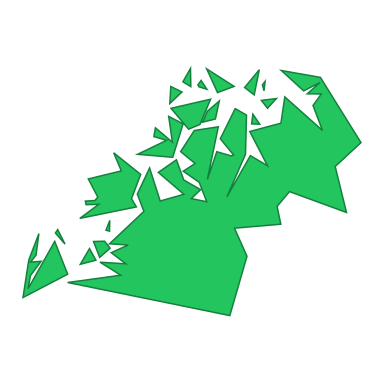 Troms, Albers equal-area conic projection
{"feature_id": "NOR-900", "entity_name": "Troms", "entity_type": "County", "adm_level": 1, "iso_a3": "NOR", "parent_name": "Norway", "parent_adm1": "", "projection": "albers", "projection_center": [18.955, 69.32], "detail": "medium", "context": "isolated", "style": "filled", "palette": "green", "viewbox_px": 384, "rotation_deg": 0, "n_neighbors": 0, "source": "natural_earth", "source_scale": "10m", "svg_char_len": 1874}
<svg xmlns="http://www.w3.org/2000/svg" viewBox="0 0 384 384"><path d="M280.8,224.2L234.5,228.2L247.0,256.3L229.8,315.6L67.6,282.5L120.7,275.2L100.0,262.2L125.8,263.8L111.2,252.7L128.2,245.0L109.5,243.8L143.9,211.4L137.3,194.1L149.6,168.0L160.2,201.0L183.8,194.3L158.3,172.4L176.4,159.8L183.8,180.0L200.6,189.7L191.3,198.6L206.7,201.7L199.2,182.3L183.2,171.2L195.1,163.5L180.6,151.6L194.3,130.5L218.3,126.8L207.4,179.4L216.8,151.7L231.2,155.9L233.6,155.0L220.3,138.8L235.2,108.6L246.5,115.1L245.5,154.3L226.8,197.0L250.4,155.6L267.5,165.8L249.8,131.5L280.9,123.2L284.8,96.9L322.5,130.5L313.0,105.5L321.3,94.0L307.3,93.8L320.1,82.4L303.7,90.9L281.3,70.5L320.4,77.4L361.0,142.6L335.2,166.5L346.5,212.5L289.5,191.6L277.1,206.4L280.8,224.2ZM140.7,174.4L131.5,198.7L136.4,206.9L79.8,218.4L98.8,204.3L86.1,204.7L85.3,201.1L94.9,200.5L97.8,197.1L88.3,178.9L121.3,170.9L113.7,152.8L140.7,174.4ZM38.9,233.6L36.0,255.3L30.5,262.1L41.1,261.3L30.5,275.5L28.1,288.7L54.7,241.4L67.7,274.2L23.0,297.5L28.8,259.9L38.9,233.6ZM183.1,123.9L172.7,157.3L137.6,154.3L166.6,140.3L153.9,136.6L155.4,127.8L172.4,142.2L168.7,116.4L183.1,123.9ZM210.6,99.2L199.9,124.5L188.6,129.2L171.0,108.3L210.6,99.2ZM259.3,69.7L254.2,94.9L244.6,87.5L259.3,69.7ZM206.7,68.9L234.1,86.4L217.5,92.6L206.7,68.9ZM219.3,101.0L215.4,119.0L202.6,122.2L207.5,111.1L219.3,101.0ZM93.5,241.5L104.6,241.2L110.1,248.2L99.7,257.4L93.5,241.5ZM57.7,229.6L65.0,244.1L55.4,233.0L57.7,229.6ZM89.5,248.6L95.9,260.2L80.3,264.3L89.5,248.6ZM190.5,68.4L190.8,86.6L182.9,81.8L190.5,68.4ZM169.8,103.5L170.8,86.5L182.0,92.0L169.8,103.5ZM261.4,100.4L276.4,98.5L267.5,108.3L261.4,100.4ZM252.9,114.2L259.7,124.2L251.6,123.9L252.9,114.2ZM109.8,220.4L109.5,231.2L106.0,230.2L109.8,220.4ZM206.9,89.3L198.9,86.8L197.9,84.9L201.1,80.4L206.9,89.3ZM265.1,81.4L264.0,90.8L262.4,84.9L265.1,81.4Z" fill="#22c55e" stroke="#15803d" stroke-width="1.5"/></svg>